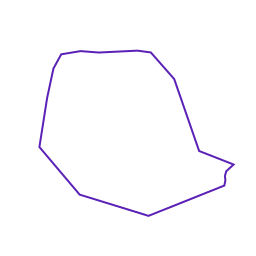 an SVG outline of Bouvet Island, rotated 253°
{"feature_id": "BVT+00?", "entity_name": "Bouvet Island", "entity_type": "state/province", "adm_level": 1, "iso_a3": "NOR", "parent_name": "Norway", "parent_adm1": "", "projection": "mercator", "projection_center": [3.419, -54.421], "detail": "fine", "context": "isolated", "style": "outline", "palette": "violet", "viewbox_px": 256, "rotation_deg": 253, "n_neighbors": 0, "source": "natural_earth", "source_scale": "10m", "svg_char_len": 368}
<svg xmlns="http://www.w3.org/2000/svg" viewBox="0 0 256 256"><g transform="rotate(253 128 128)"><path d="M180.5,59.5L206.7,74.1L218.0,85.7L215.4,105.1L208.7,122.2L199.2,159.7L193.6,171.9L161.3,186.5L85.2,189.3L62.2,218.3L57.9,209.3L53.8,206.7L49.4,205.8L44.8,203.3L38.0,121.9L78.4,62.3L135.7,37.7L180.5,59.5Z" fill="none" stroke="#5b21b6" stroke-width="2"/></g></svg>